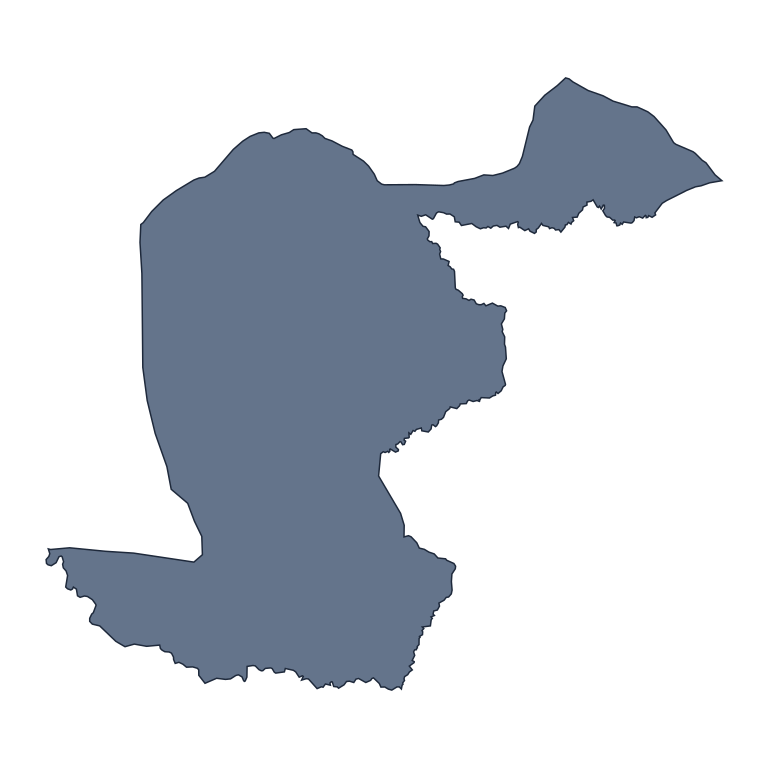 Molqi, Gash Barka, Eritrea (Albers equal-area conic projection)
{"feature_id": "51966322B62181385469599", "entity_name": "Molqi", "entity_type": "district", "adm_level": 2, "iso_a3": "ERI", "parent_name": "Eritrea", "parent_adm1": "Gash Barka", "projection": "albers", "projection_center": [38.368, 14.994], "detail": "fine", "context": "isolated", "style": "filled", "palette": "slate", "viewbox_px": 768, "rotation_deg": 0, "n_neighbors": 0, "source": "geoboundaries", "source_scale": "gbopen_adm2", "svg_char_len": 6088}
<svg xmlns="http://www.w3.org/2000/svg" viewBox="0 0 768 768"><path d="M497.8,306.1L492.4,303.1L485.9,305.8L483.9,303.4L481.2,304.7L478.9,304.7L476.3,303.8L474.1,300.0L471.0,299.2L469.0,300.4L466.0,298.8L462.6,298.4L462.3,296.7L463.1,295.2L462.3,293.7L458.3,290.2L456.0,289.3L455.3,287.9L454.5,271.4L453.6,269.3L451.7,268.9L450.2,266.8L448.1,265.5L449.1,261.5L443.4,259.0L440.8,258.9L439.6,254.0L440.6,251.6L439.7,249.3L440.2,247.9L437.6,244.1L436.1,243.3L432.6,243.5L431.7,241.6L429.9,241.7L427.7,240.0L427.3,238.9L429.0,235.9L429.1,231.5L425.6,226.8L423.0,226.3L419.9,222.5L417.7,215.1L421.3,216.3L425.7,214.8L432.3,219.2L433.4,218.7L436.5,213.0L438.6,211.8L443.6,212.7L446.6,214.1L450.0,214.0L454.3,216.8L455.2,221.8L459.2,222.2L461.4,225.5L471.8,223.5L476.2,226.8L480.4,228.8L483.6,227.7L486.1,228.0L487.9,226.5L490.8,228.2L493.3,226.0L497.0,225.4L499.9,227.2L506.0,226.2L508.5,228.5L510.3,224.1L517.6,221.6L518.3,222.2L517.7,224.5L518.4,227.6L519.8,227.2L524.8,230.6L528.6,228.8L530.0,231.2L534.5,233.4L536.2,232.0L536.3,229.5L538.3,228.0L541.5,223.4L542.9,225.4L548.7,226.8L549.5,228.6L552.0,227.7L554.3,228.4L555.5,230.0L558.9,229.6L560.9,232.1L564.9,227.2L565.4,224.9L566.9,224.7L568.4,222.4L571.0,224.1L571.6,222.4L573.7,220.7L572.5,217.5L577.2,217.1L578.8,213.3L582.5,209.9L583.1,207.0L587.0,205.1L586.9,202.1L591.0,201.3L593.1,199.8L597.2,206.9L598.4,207.5L599.5,206.1L601.2,209.0L603.3,205.1L604.4,205.3L604.5,208.4L602.8,210.8L605.6,215.6L607.1,217.0L609.6,217.3L612.7,220.1L614.7,220.1L615.2,220.7L614.1,222.6L616.1,223.0L616.8,225.8L617.7,225.8L619.8,225.0L620.5,223.1L622.2,224.3L623.6,222.0L631.0,223.1L632.3,222.6L634.0,220.6L634.7,217.0L636.5,217.8L639.2,216.7L642.7,218.1L645.3,215.4L646.1,216.0L646.2,217.7L647.8,217.4L648.7,215.6L652.1,217.3L655.6,214.9L654.9,212.9L662.2,203.3L666.7,200.5L686.7,190.4L695.5,186.8L701.1,185.8L709.7,182.8L721.9,180.7L715.0,174.8L706.0,162.8L702.2,160.3L695.3,153.4L693.0,151.7L675.8,144.3L673.6,142.6L666.0,129.9L654.1,116.6L647.8,111.8L637.1,106.9L631.9,106.9L613.0,101.1L603.1,95.8L588.1,90.5L572.9,81.9L569.1,78.9L565.6,77.9L557.3,85.6L544.8,95.2L534.8,106.1L533.0,120.1L529.6,127.0L522.4,156.4L519.4,163.6L517.0,166.5L514.5,168.2L502.5,173.1L492.9,175.5L483.8,174.9L474.6,178.4L458.1,181.5L454.4,182.9L453.6,183.9L449.3,185.0L443.9,185.5L415.5,184.6L384.4,184.8L381.6,184.1L377.2,180.7L374.3,174.2L368.6,166.1L363.5,161.1L353.1,154.4L352.9,151.7L351.8,150.0L342.3,146.3L332.0,140.9L324.9,138.4L322.3,135.8L318.9,133.8L316.0,132.9L312.0,132.9L306.1,128.7L293.8,129.6L289.3,132.5L281.4,134.8L274.0,138.5L272.9,138.1L269.3,133.3L264.2,132.3L258.7,132.9L250.1,136.4L242.7,141.2L233.3,149.4L214.5,171.3L204.8,177.2L199.1,178.0L193.9,180.0L176.3,190.6L163.2,200.0L151.7,211.5L143.3,222.6L140.8,224.5L140.0,242.4L141.9,273.6L142.8,367.4L147.2,400.5L155.2,433.5L166.9,466.6L171.2,489.3L187.7,503.3L194.4,521.1L201.8,536.4L202.4,554.7L193.9,562.1L133.6,553.1L105.6,551.3L69.6,547.8L50.6,549.5L48.3,548.9L49.8,553.7L48.8,556.5L46.1,559.6L46.5,563.4L48.0,564.8L51.3,565.7L56.1,562.7L59.0,556.7L61.1,556.0L62.1,556.7L63.6,561.8L62.6,564.2L63.3,567.8L66.1,571.0L67.6,575.5L65.7,587.0L67.5,588.8L70.8,590.0L72.5,589.0L73.4,587.1L76.4,589.1L77.5,595.8L80.1,597.3L84.5,596.0L87.5,596.5L92.4,599.7L95.8,604.4L96.0,605.5L93.3,612.7L91.7,614.1L89.7,618.3L89.7,621.4L92.3,624.1L99.7,625.9L115.9,641.4L125.0,646.7L134.3,644.1L146.6,646.3L159.7,645.1L160.4,648.5L162.0,650.1L164.8,651.7L169.2,652.0L171.5,653.2L173.5,657.1L173.6,659.5L175.2,663.4L178.9,662.3L182.9,664.2L186.5,667.2L192.7,666.9L197.4,668.3L198.7,669.8L198.8,675.3L205.0,683.3L216.6,678.3L225.5,679.4L230.5,678.9L235.8,675.5L238.4,674.8L242.0,676.9L243.5,680.4L244.3,681.4L245.2,681.0L246.9,677.1L247.1,666.4L253.0,665.5L255.3,665.9L258.9,669.6L261.3,670.8L262.8,670.7L265.3,668.4L270.7,667.9L272.2,668.6L274.3,672.2L275.7,673.1L284.4,671.9L285.3,668.5L293.4,670.3L295.7,671.9L299.2,677.2L302.3,675.8L303.3,676.4L301.6,680.1L306.2,678.7L308.5,679.0L317.1,688.6L321.4,686.8L323.1,687.2L325.4,684.0L330.4,685.2L329.9,683.1L331.3,681.7L332.3,682.0L333.7,686.5L337.2,686.9L338.6,688.2L344.1,684.8L346.5,681.5L349.5,681.2L353.8,682.5L356.0,679.1L358.6,678.5L365.8,682.5L370.6,680.4L371.9,678.5L373.5,677.9L379.3,683.5L380.9,687.1L384.8,687.0L388.3,689.1L391.8,690.1L397.0,686.9L399.3,686.9L401.4,689.0L402.1,685.2L403.0,684.3L402.7,682.9L404.5,680.5L404.0,678.9L404.6,676.6L407.7,674.7L409.4,672.0L412.3,669.9L409.3,666.1L414.1,662.6L414.2,661.6L412.2,660.5L414.7,655.4L413.6,651.9L414.6,649.9L416.4,649.7L416.6,648.4L417.4,647.9L417.2,646.5L419.0,644.6L419.1,638.4L420.1,637.2L419.5,636.4L422.5,634.7L422.7,631.8L422.0,630.6L423.8,628.6L422.3,627.0L430.4,625.9L431.2,619.8L432.3,618.4L431.0,616.9L434.4,615.5L433.1,614.1L433.7,611.0L437.4,610.0L439.5,606.1L438.9,603.1L444.2,600.1L446.2,597.4L448.6,597.0L451.3,593.9L452.1,590.1L451.4,581.6L451.9,574.0L455.3,568.8L455.6,566.2L453.9,563.5L446.6,560.2L445.6,558.8L437.9,558.0L434.2,553.9L428.9,552.1L424.3,549.3L419.3,548.1L416.8,542.8L411.1,536.8L408.5,535.7L404.0,536.9L404.2,525.3L400.6,513.4L378.6,476.0L380.7,453.7L383.3,451.7L385.1,452.5L387.8,451.3L388.8,452.4L389.9,451.1L389.7,449.3L390.3,449.0L395.5,452.1L398.3,450.9L398.4,449.5L395.8,447.1L395.9,444.5L397.7,444.0L400.0,441.6L400.9,441.9L402.6,444.7L404.3,444.4L405.6,441.2L404.1,440.1L404.4,438.4L408.6,437.9L409.2,437.2L408.9,432.9L410.8,434.3L413.1,430.5L414.9,431.3L416.4,429.4L421.3,428.0L421.8,430.8L428.3,432.0L431.1,428.9L431.7,425.1L433.0,424.7L435.4,426.6L436.6,425.8L438.4,422.8L438.6,420.0L441.4,419.3L443.5,417.4L445.7,411.7L449.7,408.5L450.2,406.9L456.8,408.6L459.7,405.6L460.2,403.9L466.3,403.6L467.6,400.9L469.1,400.0L473.1,401.5L477.0,400.5L479.4,401.4L479.8,400.8L479.2,399.6L480.2,399.3L481.2,397.6L489.5,398.0L492.8,395.9L495.5,395.2L495.7,392.5L496.3,392.0L498.0,393.5L501.2,390.8L503.1,386.9L505.2,385.4L505.5,384.3L502.0,371.5L502.9,366.0L506.3,358.8L505.5,347.1L504.5,344.3L504.7,336.9L502.2,331.7L502.8,329.4L501.4,323.9L504.4,318.9L504.8,313.1L506.6,310.8L505.2,307.5L500.8,305.8L497.8,306.1Z" fill="#64748b" stroke="#1e293b" stroke-width="1.5"/></svg>